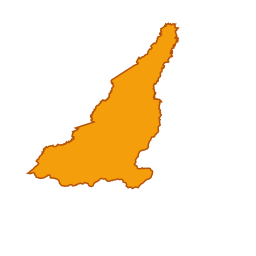 Belén De Los Andaquíes, Caquetá, Colombia (Equal Earth projection), rotated 228°
{"feature_id": "7082276B91002945363484", "entity_name": "Belén De Los Andaquíes", "entity_type": "district", "adm_level": 2, "iso_a3": "COL", "parent_name": "Colombia", "parent_adm1": "Caquetá", "projection": "equal_earth", "projection_center": [-75.835, 1.475], "detail": "fine", "context": "isolated", "style": "filled", "palette": "amber", "viewbox_px": 256, "rotation_deg": 228, "n_neighbors": 0, "source": "geoboundaries", "source_scale": "gbopen_adm2", "svg_char_len": 5958}
<svg xmlns="http://www.w3.org/2000/svg" viewBox="0 0 256 256"><g transform="rotate(228 128 128)"><path d="M161.4,23.3L159.7,24.6L158.3,27.4L157.7,28.1L157.0,28.2L155.7,27.5L154.0,27.6L153.1,26.8L149.3,29.1L147.5,31.7L146.9,33.6L146.8,35.0L146.3,36.1L146.5,37.1L145.6,38.1L144.7,38.2L143.1,37.0L141.8,37.8L140.8,39.2L140.0,39.4L139.2,40.2L138.5,40.3L137.7,41.1L135.0,41.5L132.8,40.2L130.6,40.1L129.6,40.2L127.2,42.0L125.0,44.8L124.8,46.5L124.2,47.6L123.2,48.2L122.2,48.1L121.5,48.9L121.1,49.5L120.9,50.7L120.2,51.1L120.1,52.7L119.0,55.2L118.5,56.0L117.2,56.4L116.6,57.1L116.3,59.5L114.4,60.4L113.6,61.1L111.0,60.4L109.0,61.7L108.5,63.5L109.4,65.1L109.6,67.2L109.0,68.9L108.6,71.2L108.8,73.7L108.0,74.9L106.5,75.5L105.2,77.3L103.6,76.9L102.0,77.3L100.6,79.1L100.2,80.7L99.4,81.3L99.1,82.6L98.1,83.7L97.2,86.0L95.3,87.2L94.3,88.9L92.8,89.3L91.1,88.3L88.6,89.8L86.8,89.0L86.0,87.8L85.1,88.2L83.5,88.1L83.0,89.6L81.7,90.8L80.3,90.6L80.0,90.9L79.3,94.1L76.9,95.6L77.7,99.2L77.6,100.6L77.2,101.5L77.2,105.1L77.5,105.8L76.7,108.7L76.1,109.5L75.9,111.4L76.0,112.2L77.2,114.2L77.3,114.9L78.9,116.9L80.2,117.4L81.3,116.8L83.0,117.4L84.8,116.0L85.1,115.1L86.4,114.1L87.6,112.1L88.6,112.1L89.0,111.6L89.2,110.3L91.0,108.3L91.6,108.1L94.0,109.1L96.1,108.2L96.7,108.4L97.2,110.7L97.6,111.2L98.0,111.2L99.4,112.5L99.7,114.0L100.1,114.5L99.9,115.8L100.1,116.7L101.6,118.1L102.6,120.8L102.7,121.9L100.7,125.8L99.7,128.6L100.3,130.5L102.1,131.8L102.4,132.7L103.8,134.8L103.8,136.6L104.3,137.2L105.3,139.3L105.2,140.1L104.1,141.1L103.9,142.1L104.4,142.7L104.8,143.9L104.6,144.8L104.9,145.8L104.8,147.5L105.6,148.9L107.7,150.2L108.7,151.3L108.6,153.6L108.9,154.2L110.0,154.3L111.1,155.5L111.9,155.6L112.8,157.6L113.7,157.2L114.6,157.6L114.9,158.0L114.8,159.2L115.3,160.3L115.4,161.5L117.4,161.6L118.0,162.2L118.0,162.7L119.2,162.9L119.5,163.9L121.0,164.1L121.2,163.8L122.6,164.9L122.7,165.5L124.1,166.4L124.5,167.7L125.4,168.5L125.9,168.5L125.5,169.8L125.6,170.2L125.3,170.4L125.8,170.5L126.2,169.9L126.9,170.7L127.5,170.2L128.4,170.3L129.4,169.1L130.0,169.1L130.3,168.2L131.1,168.3L131.7,167.3L131.8,167.7L132.2,167.8L132.4,167.3L133.0,167.4L133.3,168.2L133.5,168.0L133.7,168.5L133.9,168.1L134.3,169.1L135.2,169.6L135.0,170.1L135.3,170.5L134.9,170.4L135.0,171.2L135.5,171.0L135.7,171.5L136.1,171.4L136.1,172.1L137.0,171.8L139.3,173.4L140.2,173.0L140.9,174.6L142.1,175.0L143.2,176.8L143.1,177.7L142.5,177.5L142.2,178.1L142.4,179.3L143.5,180.7L143.4,181.2L142.8,181.4L142.7,181.9L144.5,183.5L144.8,185.7L144.6,186.3L145.3,187.3L147.4,188.9L147.6,189.5L147.2,190.6L148.0,191.9L149.8,193.0L149.8,193.7L149.0,193.8L148.7,194.8L149.6,196.6L150.0,196.6L150.6,195.8L151.6,196.5L152.0,198.7L151.8,199.7L149.9,202.1L150.2,202.8L151.2,202.7L151.8,203.3L152.0,204.6L152.5,205.1L152.5,207.0L151.7,208.3L151.7,209.1L153.4,209.0L154.0,211.0L154.3,211.4L154.7,211.0L154.7,209.8L155.3,209.5L155.8,210.3L155.3,211.3L155.4,212.4L156.2,212.7L156.6,211.8L157.6,213.5L157.8,214.2L157.1,214.8L156.9,215.8L157.4,216.2L158.5,216.3L159.1,216.9L159.1,218.1L158.8,218.1L158.2,217.3L157.8,217.5L157.7,218.0L158.6,219.0L159.0,220.4L159.7,221.3L159.6,222.0L158.8,222.6L159.5,223.4L160.2,222.6L160.8,222.8L160.8,223.4L160.3,224.2L161.1,225.4L162.1,225.0L162.8,223.5L163.3,223.2L163.7,224.1L163.2,225.2L163.8,225.9L166.9,227.1L167.9,228.1L168.5,228.1L168.6,228.8L168.1,229.6L169.0,230.7L168.5,231.7L168.7,232.3L170.9,230.2L172.4,231.3L173.3,231.3L173.5,232.7L175.3,231.1L175.7,229.1L177.0,229.3L177.8,227.8L178.8,228.0L179.0,226.0L180.1,225.7L179.7,225.0L178.7,224.9L178.3,224.3L178.4,224.0L179.2,224.3L179.5,224.0L179.1,222.8L179.2,220.9L179.7,218.8L178.9,218.4L178.4,217.4L177.2,217.3L177.2,215.5L176.7,214.4L176.1,214.5L175.6,215.8L175.2,215.8L174.9,215.2L174.8,212.5L175.5,211.7L175.5,210.8L175.1,209.8L174.1,209.5L173.6,207.4L173.0,207.2L172.4,205.2L172.7,204.6L173.5,204.3L173.7,203.7L173.7,200.2L173.2,199.5L171.4,199.4L171.3,197.6L172.1,197.1L172.1,196.6L171.2,193.7L170.0,192.4L169.8,191.6L170.5,190.8L170.8,189.0L170.5,187.3L171.4,186.0L171.4,183.3L171.9,183.0L172.9,183.6L173.2,183.3L171.5,178.6L170.7,178.4L169.6,179.0L169.2,178.6L169.1,178.0L170.3,174.5L174.6,148.0L174.4,147.2L173.1,146.2L172.5,146.3L172.2,146.8L171.3,146.8L171.1,146.4L171.5,145.8L169.6,145.7L168.7,145.3L168.4,142.5L167.5,142.3L166.8,139.7L166.2,140.0L166.3,139.3L165.6,138.5L165.7,137.9L166.2,137.6L166.2,137.1L165.3,136.2L164.4,135.9L164.4,135.3L163.6,134.9L163.9,134.6L163.7,133.9L163.7,132.4L163.4,133.0L163.0,132.6L163.5,131.8L163.1,129.7L163.9,129.8L164.4,128.3L165.6,128.2L165.8,126.7L165.6,126.1L165.7,125.6L165.4,125.8L165.1,124.1L164.8,124.0L165.1,122.6L164.6,121.3L165.4,120.2L165.3,118.3L164.0,117.1L164.0,116.3L164.4,115.7L164.1,115.6L164.0,115.1L163.6,115.4L163.3,114.3L163.1,113.0L163.4,112.5L162.7,112.2L163.0,111.8L162.5,110.7L162.1,110.9L161.8,110.5L162.1,109.5L161.8,108.9L162.3,108.6L161.7,108.1L161.8,108.6L161.2,108.8L161.0,108.2L158.8,107.7L158.6,107.2L159.0,106.8L158.7,106.3L158.8,105.9L158.5,105.7L157.5,105.7L157.1,106.0L156.4,105.8L156.4,106.2L155.2,106.7L163.2,88.9L161.4,89.4L161.3,90.8L161.0,91.1L160.8,90.9L160.6,89.0L160.8,87.9L162.1,85.2L162.2,84.5L161.3,84.8L161.3,83.7L160.6,83.3L160.6,82.6L159.3,80.8L158.2,80.6L157.6,81.8L156.0,80.2L156.3,79.3L157.1,79.3L157.5,78.7L156.1,77.3L156.2,77.0L157.1,76.7L156.7,74.6L157.6,74.8L157.4,74.0L157.9,73.6L157.9,72.7L158.7,72.9L158.1,70.6L158.9,70.1L159.1,69.6L158.7,69.4L159.2,68.5L159.4,67.6L160.4,67.2L160.5,66.2L161.9,65.3L162.5,65.2L162.9,64.4L162.3,63.1L162.6,62.0L163.9,60.4L165.4,60.6L165.9,59.2L166.6,58.4L166.7,57.7L167.4,56.9L167.5,55.1L168.0,54.6L168.6,54.8L168.8,54.2L168.8,53.2L168.2,52.3L168.8,51.9L168.8,51.2L168.6,50.9L168.2,51.2L168.2,50.8L167.9,50.8L167.8,50.2L167.0,49.6L167.5,48.3L166.3,48.2L166.8,47.1L166.0,46.5L165.9,43.1L164.8,40.9L165.3,39.4L164.8,38.7L164.8,37.7L162.0,38.0L161.5,37.7L161.1,36.8L161.0,35.2L161.3,32.8L160.9,29.1L161.3,27.4L161.1,25.3L161.4,23.3Z" fill="#f59e0b" stroke="#b45309" stroke-width="1.5"/></g></svg>